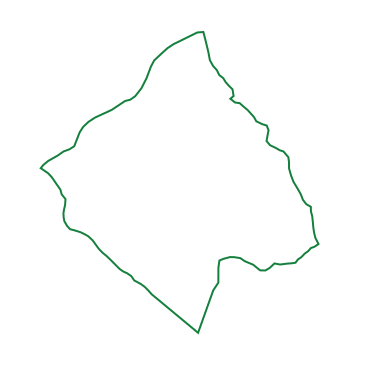 the district of Indiaporã, São Paulo, Brazil, rotated 318°
{"feature_id": "56859067B57389916946553", "entity_name": "Indiaporã", "entity_type": "district", "adm_level": 2, "iso_a3": "BRA", "parent_name": "Brazil", "parent_adm1": "São Paulo", "projection": "albers", "projection_center": [-50.258, -19.956], "detail": "fine", "context": "isolated", "style": "outline", "palette": "green", "viewbox_px": 384, "rotation_deg": 318, "n_neighbors": 0, "source": "geoboundaries", "source_scale": "gbopen_adm2", "svg_char_len": 1624}
<svg xmlns="http://www.w3.org/2000/svg" viewBox="0 0 384 384"><g transform="rotate(318 192 192)"><path d="M95.5,73.1L97.6,81.6L97.7,87.3L96.6,95.5L95.8,102.1L93.6,106.5L93.2,112.7L88.9,116.8L85.3,119.3L82.3,121.7L79.7,124.9L77.6,128.3L76.5,133.5L76.5,138.0L79.1,142.0L82.3,147.4L84.1,151.9L85.3,155.5L85.8,161.6L84.7,171.7L84.9,177.3L85.7,182.6L86.1,188.4L86.5,196.3L86.7,200.6L87.7,205.1L89.4,208.9L90.6,213.9L89.9,219.1L92.4,226.1L93.4,231.0L93.6,235.4L93.6,241.1L102.3,300.7L142.0,279.3L150.9,277.0L161.1,265.8L166.5,261.3L170.4,262.6L176.7,265.8L179.7,268.6L183.7,273.5L184.9,278.7L188.8,287.0L190.2,295.8L194.0,299.4L198.8,300.4L205.5,300.3L208.9,304.8L214.8,308.9L218.4,311.7L221.6,313.8L225.6,313.0L229.7,313.6L234.5,313.2L238.9,313.7L242.8,313.2L246.6,314.7L251.2,315.3L253.0,308.6L255.5,304.0L258.1,300.0L261.9,294.9L265.1,290.5L267.4,286.0L270.4,282.5L268.8,277.6L269.2,272.0L271.2,266.9L272.4,261.8L274.2,252.5L276.7,245.9L279.9,239.4L284.1,234.7L286.9,230.6L287.1,223.1L285.1,219.6L283.7,215.2L281.3,209.4L281.5,204.0L285.9,200.6L290.2,197.3L292.0,192.6L289.6,188.6L287.1,182.5L288.2,177.8L288.2,168.4L287.4,162.6L286.9,157.9L283.9,154.3L282.9,148.4L287.1,148.5L290.8,142.9L290.5,138.0L290.5,133.0L291.4,128.3L290.5,123.3L292.0,118.2L292.0,112.4L293.5,106.0L297.7,99.1L300.9,93.2L304.4,86.7L307.5,80.7L302.7,77.0L277.3,69.8L270.0,68.7L262.8,68.7L252.0,68.9L245.2,71.4L234.4,77.0L223.7,81.1L213.9,82.8L207.9,82.1L203.2,79.6L187.5,77.3L169.7,71.8L161.9,70.6L154.6,70.8L148.4,72.5L135.1,79.2L129.6,78.3L123.6,75.9L116.8,75.1L106.0,72.7L99.9,72.4L95.5,73.1Z" fill="none" stroke="#15803d" stroke-width="2"/></g></svg>